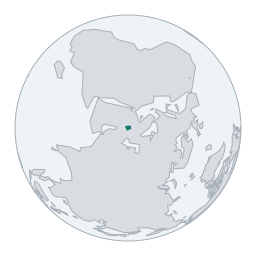 the Earth from above Sala ad-Din, rotated 134°
{"feature_id": "IRQ-3052", "entity_name": "Sala ad-Din", "entity_type": "Province", "adm_level": 1, "iso_a3": "IRQ", "parent_name": "Iraq", "parent_adm1": "", "projection": "orthographic", "projection_center": [43.888, 34.578], "detail": "fine", "context": "on_globe", "style": "filled", "palette": "teal", "viewbox_px": 256, "rotation_deg": 134, "n_neighbors": 0, "source": "natural_earth", "source_scale": "10m", "svg_char_len": 10991}
<svg xmlns="http://www.w3.org/2000/svg" viewBox="0 0 256 256"><g transform="rotate(134 128 128)"><circle cx="128" cy="128" r="113" fill="#eef3f6" stroke="#a8b0b8"/><path d="M122.5,15.5L125.9,15.5L138.5,16.4L143.5,16.8L141.6,16.9L151.9,18.0L159.5,19.9L150.2,17.8L148.8,17.7L153.5,18.9L153.1,19.1L155.1,19.8L154.1,20.0L148.8,19.1L148.0,19.3L151.4,20.2L152.6,21.2L147.7,19.9L149.2,21.5L140.6,21.0L128.3,18.5L122.8,19.4L108.2,20.5L108.8,21.1L103.6,22.2L102.4,23.4L100.1,23.5L101.1,24.4L103.5,24.0L104.8,24.4L104.3,25.1L101.2,25.3L101.0,25.0L99.8,25.5L98.5,25.3L98.9,25.8L95.2,26.2L98.1,27.0L94.5,28.2L92.2,28.2L93.5,26.7L91.4,23.8L89.6,23.8L85.6,25.1L76.0,30.3L73.5,31.2L69.4,33.4L70.2,33.5L73.8,31.8L74.4,32.8L78.7,30.9L79.6,31.2L83.6,30.1L81.9,32.0L78.0,34.5L74.6,35.6L72.8,36.8L75.1,37.4L67.9,41.2L61.6,47.3L59.8,48.2L58.1,46.9L60.4,42.5L58.1,41.9L58.4,44.2L54.1,47.1L52.8,48.5L52.4,49.6L53.6,49.3L51.9,50.9L50.9,48.8L52.5,47.4L52.8,48.0L53.8,46.1L53.2,45.3L51.0,47.1L52.3,44.8L50.8,46.1L50.2,46.6L52.5,44.5L48.4,48.3L54.5,42.6L61.0,37.5L67.8,32.8L75.0,28.6L82.4,25.0L90.1,21.9L98.0,19.4L106.1,17.5L114.3,16.2L122.5,15.5ZM15.5,132.7L16.1,139.5L17.9,148.8L18.8,154.5L19.0,156.4L17.3,148.6L16.1,140.7L15.5,132.7ZM147.3,17.2L144.7,16.8L147.4,17.2L147.3,17.2ZM155.5,19.9L156.4,20.0L157.1,20.4L155.5,19.9ZM84.3,29.2L84.0,29.7L83.4,29.6L84.3,29.2ZM86.4,28.4L86.0,28.0L86.9,27.6L87.1,27.9L86.4,28.4ZM156.2,21.1L157.0,21.8L155.3,20.9L156.2,21.1ZM86.7,29.0L88.6,26.9L90.2,26.2L92.4,26.6L86.7,29.0ZM156.8,22.1L158.9,24.1L161.0,24.5L156.0,24.9L156.0,22.9L153.5,21.7L155.8,22.3L156.8,22.1ZM104.5,23.6L101.9,24.0L104.5,23.1L104.5,23.6ZM105.9,23.0L112.0,20.1L115.6,20.1L112.8,21.0L117.8,20.7L116.5,22.0L113.4,22.5L111.4,22.2L112.5,23.0L105.9,23.0ZM152.9,25.0L152.6,25.4L152.0,24.8L152.9,25.0ZM105.5,24.4L106.4,23.8L109.6,23.7L108.3,25.0L107.7,24.6L105.5,24.4ZM119.7,20.0L121.8,20.3L121.3,21.4L122.1,21.7L116.7,22.1L119.7,20.0ZM106.7,25.0L107.6,25.7L105.6,26.5L104.8,25.1L106.7,25.0ZM110.9,23.1L112.4,23.2L111.2,23.6L110.9,23.1ZM99.2,29.9L100.3,28.9L102.0,28.8L99.2,29.9ZM108.0,26.0L108.7,25.7L109.5,25.6L109.6,26.2L108.0,26.0ZM116.8,22.9L116.1,23.4L118.9,22.9L118.7,23.8L115.2,23.9L116.6,24.3L116.5,24.6L113.7,24.4L116.8,22.9ZM112.1,26.6L107.6,27.3L105.2,29.1L103.6,29.2L107.6,26.4L112.1,26.6ZM113.3,25.3L112.2,26.1L110.8,25.8L110.6,25.0L113.3,25.3ZM119.8,24.5L121.1,23.0L121.8,23.0L119.8,24.5ZM111.7,27.1L112.8,27.0L111.7,27.3L111.7,27.1ZM117.6,25.4L118.0,24.8L118.8,24.8L117.6,25.4ZM114.8,27.2L113.3,27.4L113.1,26.8L114.8,27.2ZM116.3,26.4L117.3,26.7L114.0,26.5L116.3,26.1L116.3,26.4ZM118.4,25.5L118.9,25.4L118.1,25.8L118.4,25.5ZM116.2,29.3L112.0,29.3L111.6,28.0L115.8,28.2L116.2,29.3ZM35.7,152.8L32.3,133.9L35.3,129.5L36.7,122.3L58.2,107.3L61.7,110.8L77.4,113.7L79.2,115.3L76.3,120.7L87.2,131.4L92.0,127.4L103.0,133.4L111.0,134.2L115.8,123.5L102.7,121.9L101.5,116.1L112.9,112.6L124.6,114.3L124.5,112.2L118.0,106.8L121.6,103.1L115.9,104.6L117.6,107.0L114.0,108.2L112.3,106.1L113.6,104.8L110.4,103.4L104.8,110.5L105.9,113.6L96.8,113.5L97.7,118.9L94.9,120.9L92.4,112.5L93.3,109.8L87.8,99.9L86.0,102.7L91.1,112.3L89.1,111.2L86.6,115.5L86.9,111.3L81.8,100.6L74.3,100.0L63.0,108.2L58.9,107.3L56.2,103.3L62.0,92.7L70.5,95.9L72.6,92.6L72.3,86.3L74.9,88.0L75.8,86.0L79.2,87.0L85.3,83.6L88.9,84.3L92.6,78.4L95.0,78.1L92.1,81.6L92.0,84.5L101.1,86.5L103.3,85.5L105.0,81.7L107.3,82.9L107.7,79.0L113.7,78.5L106.9,76.0L108.7,71.9L113.0,69.4L112.3,67.7L105.4,71.9L103.7,74.0L104.2,76.5L98.5,82.5L95.1,82.9L96.4,75.2L91.7,75.0L94.8,69.5L111.8,61.0L118.2,60.1L125.9,66.8L123.6,69.2L119.7,67.8L122.1,72.7L122.5,70.5L124.4,71.7L126.6,68.5L128.0,69.2L127.7,65.0L129.7,65.5L129.9,68.1L134.9,64.2L139.5,64.6L140.0,63.4L139.1,62.0L145.5,63.6L145.5,62.7L143.5,61.8L142.2,59.5L142.4,56.0L144.6,56.8L144.8,58.1L148.6,62.2L148.8,65.9L149.7,65.9L150.1,62.9L145.5,57.8L145.0,55.6L147.5,57.7L146.6,56.7L147.0,55.9L149.5,55.8L146.9,53.5L148.9,44.1L153.9,43.4L155.9,46.0L159.6,41.2L165.0,41.4L163.1,40.4L163.6,37.9L161.9,37.8L161.0,37.2L161.4,31.5L163.2,31.0L161.2,28.0L160.2,27.7L158.8,27.8L156.0,24.9L161.0,24.5L163.0,25.3L164.8,24.7L169.1,27.0L173.5,28.7L177.1,31.9L180.3,33.3L180.6,32.9L185.1,34.8L193.3,40.3L185.2,37.3L172.7,30.7L177.7,33.4L176.1,33.3L177.6,34.7L181.2,36.7L181.9,36.6L185.3,43.7L193.0,51.5L193.5,48.9L196.4,49.6L205.6,57.6L214.1,74.1L217.9,76.4L219.9,79.1L220.2,82.4L217.4,78.6L215.5,78.8L213.9,76.3L213.5,80.8L211.1,77.5L212.0,82.9L214.4,84.7L215.6,81.7L217.3,88.3L221.8,90.6L225.0,96.0L226.8,110.3L224.5,117.5L224.9,119.6L222.6,119.1L221.6,124.9L227.7,132.3L228.2,135.4L225.7,144.5L225.2,142.4L219.1,141.1L219.4,149.0L224.2,151.8L225.9,157.5L222.9,157.8L221.0,152.9L218.8,152.2L218.3,145.7L214.4,137.6L211.3,141.6L210.5,137.7L204.6,131.9L199.6,137.5L192.3,152.1L193.1,162.2L189.8,167.8L181.6,155.9L178.4,146.4L175.1,148.4L166.9,141.5L151.7,143.7L149.9,141.2L146.9,142.8L141.2,140.7L138.6,136.4L135.0,136.9L142.2,148.1L146.1,147.5L149.8,142.7L151.0,146.7L156.6,149.7L149.2,160.4L127.2,170.1L125.7,162.4L112.0,140.1L112.8,137.6L112.7,137.3L112.6,136.8L110.7,140.7L108.6,136.2L115.2,152.1L116.1,158.6L126.9,170.5L125.7,171.7L129.4,174.1L141.9,170.7L141.8,173.2L135.5,184.8L118.8,199.1L121.4,208.0L120.8,215.0L111.2,218.8L112.9,223.6L108.1,224.7L108.4,227.1L104.9,229.1L99.0,230.2L87.8,227.8L86.5,225.7L79.9,220.2L70.4,206.4L72.5,201.3L71.2,196.2L63.3,182.1L65.0,175.9L63.0,172.2L58.9,171.3L56.7,166.9L54.3,165.7L39.7,160.3L35.7,152.8ZM49.7,117.3L48.8,119.4L49.7,117.3ZM136.3,121.9L143.6,122.1L141.4,115.0L144.0,114.6L142.3,112.5L141.2,114.6L137.1,108.7L140.6,106.6L140.3,103.5L137.8,103.3L131.9,108.3L137.7,116.5L135.6,119.5L136.3,121.9ZM54.1,47.2L54.1,47.4L53.4,48.7L53.0,48.5L54.1,47.2ZM54.1,52.9L51.3,55.2L53.0,53.3L52.0,53.2L54.5,49.3L59.1,48.6L56.6,49.5L54.1,52.9ZM59.1,44.2L57.0,46.6L59.1,44.1L59.1,44.2ZM77.6,74.7L78.3,76.5L76.3,78.5L71.8,78.4L74.6,75.5L77.6,74.7ZM79.7,78.7L82.3,71.5L85.2,71.5L83.1,72.7L84.8,73.4L81.9,75.5L82.2,82.9L80.5,85.1L73.0,83.3L76.4,82.5L75.5,80.7L79.7,78.7ZM83.7,55.7L84.8,53.3L89.7,56.4L88.0,58.3L83.4,58.2L82.6,55.8L83.7,55.7ZM90.2,30.4L90.4,29.8L91.2,29.7L91.8,30.1L90.2,30.4ZM99.6,29.5L90.6,33.2L90.3,32.6L85.4,35.9L82.7,35.7L85.9,33.5L80.2,36.0L82.0,33.9L78.2,35.9L85.8,31.0L87.2,29.5L86.6,31.2L89.1,31.4L90.6,31.1L95.9,29.0L100.2,26.1L103.3,26.1L104.4,26.9L103.8,27.5L102.0,27.3L102.6,28.4L99.5,28.6L99.6,29.5ZM115.1,39.5L113.2,38.2L113.8,41.7L110.7,41.4L111.0,41.8L108.3,42.6L105.5,44.3L104.3,43.9L103.7,44.8L101.9,45.4L100.8,46.5L98.1,46.2L96.5,47.6L96.1,46.7L94.0,49.2L94.4,47.2L92.1,48.0L93.0,49.5L81.5,46.5L76.4,47.3L71.9,49.1L73.2,45.8L78.2,42.2L84.7,39.1L89.5,39.1L89.2,37.7L91.4,37.4L90.7,38.6L93.1,36.6L94.7,36.6L100.5,34.8L102.9,32.1L105.1,31.5L105.0,32.6L107.2,31.2L108.5,32.9L110.1,32.5L112.9,34.0L111.7,36.5L113.5,35.9L115.8,37.2L115.1,39.5ZM116.9,29.8L116.1,32.5L114.1,33.8L110.1,30.8L108.5,30.9L105.8,29.3L108.8,27.6L109.3,28.1L110.5,28.3L109.1,28.8L111.1,28.6L111.8,29.4L113.6,29.5L112.9,30.4L116.9,29.8ZM81.9,113.7L83.4,114.4L86.0,114.8L84.5,117.6L81.9,113.7ZM78.3,106.4L79.8,106.4L78.9,110.4L77.3,109.8L78.3,106.4ZM81.3,103.3L79.9,106.1L79.8,104.2L81.3,103.3ZM93.5,81.5L95.2,81.4L95.0,82.4L93.8,83.5L93.5,81.5ZM116.4,50.7L115.6,49.6L116.3,49.2L116.8,46.3L119.2,46.5L119.8,48.3L116.4,50.7ZM113.2,125.2L110.4,127.1L109.4,125.9L110.6,125.5L113.2,125.2ZM96.4,122.6L99.9,124.7L96.0,123.4L96.4,122.6ZM119.1,50.4L119.0,49.2L120.2,50.0L119.1,50.4ZM120.9,46.5L122.5,47.2L119.5,46.2L120.9,46.5ZM159.5,235.9L160.4,235.8L158.6,236.3L159.5,235.9ZM140.5,213.6L133.7,225.0L128.3,225.1L126.8,222.1L129.1,215.3L135.3,213.1L138.2,209.6L140.5,213.6ZM235.3,159.6L236.0,158.3L235.9,158.8L235.3,159.6ZM234.7,159.9L235.7,158.1L234.3,161.2L234.7,159.9ZM236.0,157.4L237.0,154.7L237.5,153.1L237.3,154.1L236.0,157.4ZM233.9,161.2L228.6,167.9L226.3,169.4L227.1,167.2L230.9,163.4L233.9,161.2ZM226.9,167.4L222.9,166.8L215.6,158.8L218.3,157.3L225.5,159.8L225.1,161.5L227.5,162.7L226.9,167.4ZM235.5,149.4L235.0,153.9L232.4,157.3L231.0,158.4L230.1,154.3L230.7,151.0L231.8,149.7L235.1,135.1L236.5,135.4L235.8,141.0L236.8,143.0L235.5,149.4ZM193.6,163.0L196.5,167.8L194.6,169.5L193.6,163.0ZM235.4,126.4L234.7,132.7L235.0,125.3L235.4,126.4ZM234.9,120.1L235.4,122.1L234.5,121.0L234.9,120.1ZM225.8,122.5L224.6,124.4L224.1,123.0L225.3,119.7L225.8,122.5ZM227.5,100.8L229.3,105.0L229.7,106.8L228.3,104.9L227.5,100.8ZM139.0,51.8L135.7,55.4L134.8,58.6L136.8,61.0L132.6,59.4L133.9,54.5L139.0,51.8ZM147.4,44.9L145.7,43.1L147.4,43.0L148.0,43.4L147.4,44.9ZM145.7,44.4L141.9,43.8L141.5,42.3L144.6,43.0L145.7,44.4ZM130.4,46.7L129.3,47.7L128.3,47.0L130.4,46.7ZM222.3,189.5L222.7,189.0L223.0,188.5L222.3,189.5ZM223.3,188.1L225.7,183.8L230.0,175.8L223.3,188.1ZM237.0,155.9L238.4,150.3L238.7,148.8L237.0,155.9ZM240.6,132.3L240.4,133.3L240.6,129.9L240.6,132.3ZM239.7,140.7L239.6,141.9L239.4,141.9L239.7,140.7ZM239.9,139.0L240.2,137.6L239.8,140.1L239.9,139.0ZM237.4,142.8L237.7,144.6L238.7,140.7L238.0,144.8L238.3,147.4L237.9,149.5L237.7,146.5L237.0,151.7L236.6,152.7L236.6,149.2L237.3,143.3L237.7,140.3L239.3,135.3L237.4,142.8ZM240.1,135.9L239.9,133.6L240.0,131.1L240.2,132.0L240.1,135.9ZM238.9,128.4L237.8,126.7L237.3,129.5L237.8,121.6L238.8,124.5L238.9,128.4ZM237.2,122.3L236.8,124.9L236.9,120.6L237.2,122.3ZM236.4,124.1L235.8,121.9L236.4,121.1L236.4,124.1ZM237.5,121.6L236.7,117.3L237.4,119.1L237.5,121.6ZM234.2,117.0L236.3,118.5L234.4,120.0L232.0,112.4L232.6,110.8L234.2,117.0ZM222.8,78.7L221.3,76.9L221.2,75.2L222.3,76.9L222.8,78.7ZM219.5,68.8L220.7,74.2L221.4,79.0L222.3,79.0L224.4,83.3L221.9,81.3L219.8,75.4L219.6,72.5L217.5,69.3L216.1,65.8L213.1,62.6L211.8,60.4L214.5,62.5L219.5,68.8ZM211.8,61.4L206.1,55.5L206.9,54.1L208.3,55.0L210.6,58.3L210.1,58.8L211.8,61.4ZM205.0,53.7L204.3,54.3L194.7,48.5L192.9,46.9L200.6,50.2L200.5,51.0L202.7,52.8L205.0,53.7ZM153.9,25.7L152.8,25.4L153.6,25.3L153.9,25.7ZM160.1,37.2L159.0,36.4L160.1,36.1L160.1,37.2ZM156.6,34.0L156.2,34.9L155.7,33.6L156.6,34.0ZM155.3,37.1L155.5,35.1L156.6,37.4L155.3,37.1Z" fill="#d9dde1" stroke="#a8b0b8" stroke-width="1"/><path d="M129.1,126.9L129.2,127.1L129.3,127.1L129.5,127.1L129.7,127.3L129.7,127.5L129.4,127.7L129.4,127.8L129.3,128.0L129.2,128.0L129.0,128.3L129.0,128.2L129.0,128.3L129.0,128.5L128.9,128.7L128.8,128.8L128.7,128.8L128.8,128.8L128.7,128.9L128.7,129.0L128.8,129.1L128.9,129.3L128.9,129.5L128.8,129.8L128.8,130.0L128.7,130.1L128.4,130.2L128.3,129.9L128.2,129.9L127.9,129.8L127.7,129.7L127.3,129.6L127.0,129.4L126.8,129.1L126.7,129.0L126.6,128.8L126.6,128.7L126.5,128.4L126.4,128.2L126.3,128.3L126.2,128.3L126.1,128.2L125.8,128.0L125.8,127.7L125.8,127.2L125.7,127.2L125.8,127.0L126.0,127.0L126.6,127.0L126.6,126.9L126.5,126.7L126.4,126.4L126.4,126.2L126.5,126.2L126.8,126.0L126.9,125.9L127.0,125.9L127.1,125.7L127.1,125.8L127.2,126.0L127.2,126.3L127.1,126.5L127.3,126.6L127.2,126.7L127.2,126.8L127.3,126.9L127.4,127.0L127.5,127.0L128.0,127.4L128.3,127.5L128.5,127.7L128.6,127.8L128.7,127.7L128.8,127.5L128.8,127.4L128.9,127.2L129.0,127.2L129.0,126.9L129.1,126.9Z" fill="#14b8a6" stroke="#0f766e" stroke-width="1.5"/></g></svg>